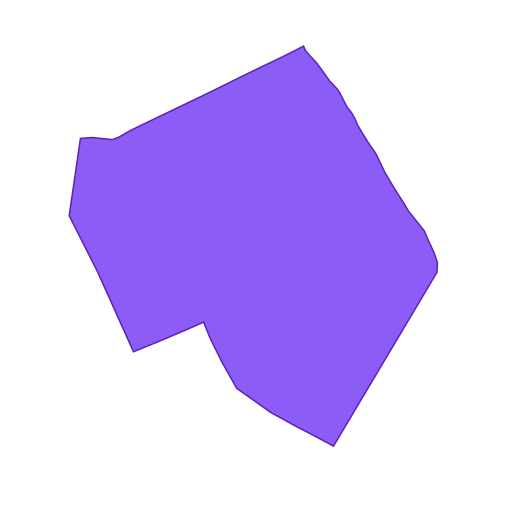 DuqqI, Al Jizah, Egypt (Mercator projection), rotated 171°
{"feature_id": "37247803B46347292779018", "entity_name": "DuqqI", "entity_type": "district", "adm_level": 2, "iso_a3": "EGY", "parent_name": "Egypt", "parent_adm1": "Al Jizah", "projection": "mercator", "projection_center": [31.205, 30.043], "detail": "fine", "context": "isolated", "style": "filled", "palette": "violet", "viewbox_px": 512, "rotation_deg": 171, "n_neighbors": 0, "source": "geoboundaries", "source_scale": "gbopen_adm2", "svg_char_len": 879}
<svg xmlns="http://www.w3.org/2000/svg" viewBox="0 0 512 512"><g transform="rotate(171 256 256)"><path d="M79.8,211.6L77.8,221.0L79.6,231.3L84.3,248.0L85.7,254.2L93.4,267.7L98.3,276.4L101.8,285.2L105.2,292.9L109.1,302.0L112.7,310.9L115.7,318.6L117.6,325.0L119.4,331.2L121.9,339.2L125.7,346.6L127.6,351.0L129.5,355.5L132.1,361.7L135.2,369.4L136.7,375.8L139.3,382.8L142.8,388.9L144.5,394.2L147.8,404.3L150.0,408.7L155.8,417.1L158.6,422.9L162.8,431.3L166.3,437.7L169.2,442.1L171.8,445.8L175.0,451.2L176.2,455.9L193.2,450.3L238.1,436.8L276.5,424.8L350.4,402.7L361.4,399.3L372.7,394.9L379.4,393.4L399.5,398.7L411.0,399.6L434.2,325.0L414.9,264.9L392.0,180.6L386.0,182.0L360.5,188.0L330.9,195.5L318.1,198.9L314.2,182.0L306.3,156.7L295.8,128.3L289.5,122.2L266.2,99.4L244.5,82.5L224.5,67.7L209.2,56.1L139.1,140.3L79.8,211.6Z" fill="#8b5cf6" stroke="#5b21b6" stroke-width="1.5"/></g></svg>